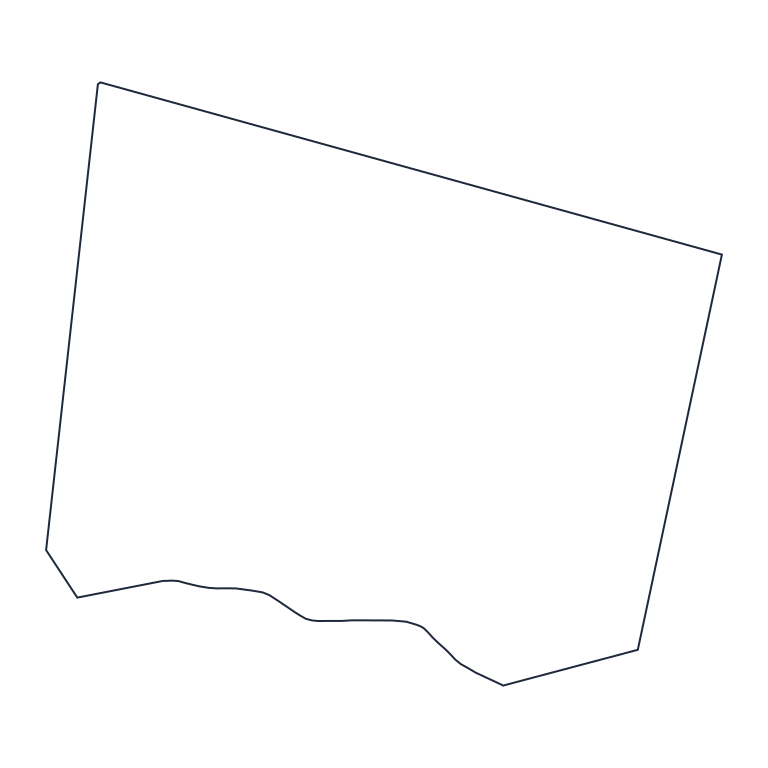 Fond Capeche, Vieux Fort, Saint Lucia
{"feature_id": "8701671B47563764529661", "entity_name": "Fond Capeche", "entity_type": "district", "adm_level": 2, "iso_a3": "LCA", "parent_name": "Saint Lucia", "parent_adm1": "Vieux Fort", "projection": "robinson", "projection_center": [-60.949, 13.775], "detail": "fine", "context": "isolated", "style": "outline", "palette": "slate", "viewbox_px": 768, "rotation_deg": 0, "n_neighbors": 0, "source": "geoboundaries", "source_scale": "gbopen_adm2", "svg_char_len": 707}
<svg xmlns="http://www.w3.org/2000/svg" viewBox="0 0 768 768"><path d="M100.4,82.4L99.1,83.4L97.9,84.2L46.1,550.1L77.3,597.6L163.1,580.9L166.2,580.9L171.4,580.6L178.1,581.0L185.3,583.0L192.2,584.7L199.6,586.4L209.1,587.9L217.0,588.4L224.9,588.3L235.8,588.4L252.8,590.7L262.7,592.4L269.5,595.2L277.0,600.1L286.2,606.3L294.5,612.0L300.6,615.8L305.6,618.7L311.8,620.4L317.9,621.0L342.4,620.9L352.2,620.3L378.4,620.4L392.2,620.5L406.3,621.7L417.0,624.9L421.1,626.6L424.0,628.4L428.1,632.5L433.3,638.2L438.4,643.1L445.4,649.3L449.8,653.7L455.4,659.7L460.8,664.1L467.8,668.0L475.6,672.6L486.7,677.8L501.9,684.9L503.0,685.6L637.8,649.8L721.9,254.6L100.4,82.4Z" fill="none" stroke="#1e293b" stroke-width="2"/></svg>